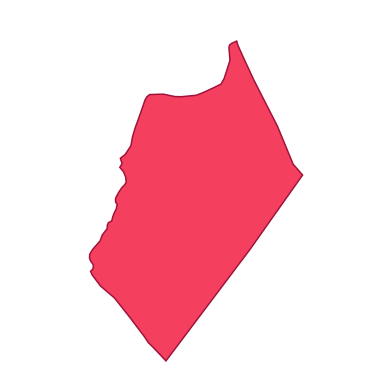 the district of Al Fao, Gedarif, Sudan, rotated 44°
{"feature_id": "16777658B5270052963378", "entity_name": "Al Fao", "entity_type": "district", "adm_level": 2, "iso_a3": "SDN", "parent_name": "Sudan", "parent_adm1": "Gedarif", "projection": "natural_earth1", "projection_center": [34.062, 14.059], "detail": "fine", "context": "isolated", "style": "filled", "palette": "rose", "viewbox_px": 384, "rotation_deg": 44, "n_neighbors": 0, "source": "geoboundaries", "source_scale": "gbopen_adm2", "svg_char_len": 1318}
<svg xmlns="http://www.w3.org/2000/svg" viewBox="0 0 384 384"><g transform="rotate(44 192 192)"><path d="M134.8,59.2L132.1,58.2L123.0,54.5L119.3,52.4L117.7,56.4L117.4,57.2L117.2,57.7L117.2,57.8L117.1,58.2L117.0,59.6L117.0,59.8L117.0,60.1L117.0,60.5L118.5,62.7L127.9,71.0L135.1,85.6L136.3,88.1L137.9,94.2L134.8,102.8L130.9,112.8L127.9,119.4L121.1,127.4L118.0,131.0L113.3,135.3L110.8,136.9L103.4,141.5L99.4,145.6L93.8,151.4L93.6,153.3L93.4,154.9L94.4,158.7L98.4,167.2L102.7,176.6L103.7,179.0L104.6,180.8L105.4,182.7L105.8,183.7L106.7,185.6L110.8,193.5L115.9,201.1L117.9,211.5L117.0,217.4L118.2,218.2L118.3,218.3L121.9,220.0L122.9,224.4L128.9,225.1L133.8,227.3L137.8,230.6L137.9,230.8L138.1,231.7L138.2,232.2L138.4,232.9L138.5,233.3L138.5,237.0L138.5,237.7L139.5,243.2L140.8,248.0L142.0,250.4L144.3,252.5L146.7,252.7L147.3,253.8L149.1,256.4L150.8,261.7L152.2,264.8L154.3,268.6L153.2,272.2L154.1,274.6L156.4,277.3L156.9,281.7L157.4,285.4L159.9,291.2L160.2,298.9L160.6,303.4L161.8,308.0L164.1,310.7L166.8,312.0L170.9,312.8L172.4,313.7L174.2,316.2L174.1,319.5L177.8,321.0L191.6,323.2L209.8,322.1L233.1,325.2L258.0,329.1L265.2,330.7L271.1,330.7L290.6,331.6L273.6,193.0L268.1,157.4L265.1,137.8L259.8,103.0L245.4,101.7L207.7,85.3L158.2,68.3L137.7,60.4L134.8,59.2Z" fill="#f43f5e" stroke="#9f1239" stroke-width="1.5"/></g></svg>